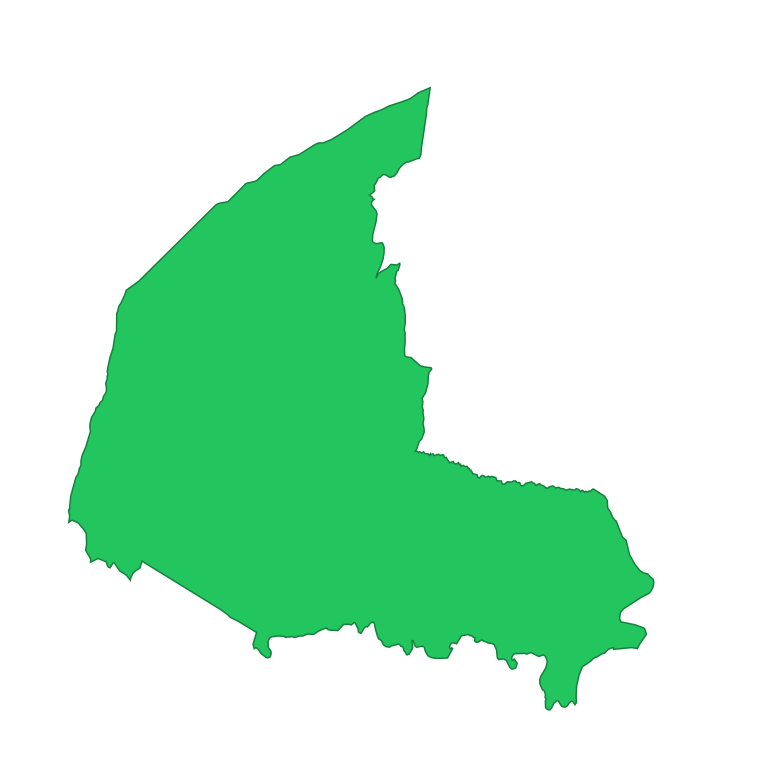 Bolomba, Équateur, Democratic Republic of the Congo, rotated 8°
{"feature_id": "63176286B53001735211155", "entity_name": "Bolomba", "entity_type": "district", "adm_level": 2, "iso_a3": "COD", "parent_name": "Democratic Republic of the Congo", "parent_adm1": "Équateur", "projection": "equal_earth", "projection_center": [19.536, 0.592], "detail": "fine", "context": "isolated", "style": "filled", "palette": "green", "viewbox_px": 768, "rotation_deg": 8, "n_neighbors": 0, "source": "geoboundaries", "source_scale": "gbopen_adm2", "svg_char_len": 6145}
<svg xmlns="http://www.w3.org/2000/svg" viewBox="0 0 768 768"><g transform="rotate(8 384 384)"><path d="M388.5,84.2L377.6,90.7L370.6,97.5L367.7,99.3L350.0,108.2L343.1,113.0L336.7,116.3L328.4,121.6L312.4,137.3L298.0,149.2L290.1,153.8L285.7,154.4L282.4,156.4L268.0,168.6L259.2,172.6L250.8,181.3L245.5,182.8L244.1,184.0L235.8,192.5L230.2,199.7L228.3,201.2L219.6,204.5L204.1,225.2L195.4,228.1L192.8,229.8L126.8,316.4L115.7,327.0L115.0,331.6L111.8,341.9L111.4,341.9L110.5,344.3L110.2,348.8L109.5,351.2L111.8,369.1L110.8,372.1L110.7,386.1L109.0,395.6L108.3,405.5L108.2,410.2L109.2,413.1L108.8,414.7L109.2,417.6L108.3,421.9L109.8,427.0L110.0,429.5L109.7,431.7L108.0,435.0L107.4,439.5L105.5,441.9L104.6,445.0L102.1,447.9L101.9,451.4L99.1,457.6L98.4,463.6L98.6,466.9L99.9,471.9L97.4,488.1L95.1,496.2L94.6,501.7L95.2,506.8L94.1,510.0L93.5,516.1L91.9,519.2L89.4,538.5L89.8,549.3L90.4,551.6L89.6,551.8L89.2,553.2L91.1,558.5L91.1,564.8L93.9,562.3L100.2,563.9L106.7,569.6L110.0,573.6L111.8,584.3L111.7,590.2L117.9,598.1L118.2,601.3L125.1,596.6L132.8,598.5L134.1,599.3L135.3,602.3L136.6,603.7L138.3,604.1L140.7,598.9L141.8,598.6L148.4,606.0L155.2,608.9L160.1,613.6L160.4,610.5L161.6,606.6L163.7,603.8L167.9,600.3L169.0,593.1L254.0,630.3L261.7,634.4L264.1,636.4L273.3,639.5L292.4,647.8L290.5,659.7L292.3,664.2L293.3,663.2L294.9,663.2L296.3,664.0L299.5,667.9L305.1,671.1L306.7,671.4L309.0,670.4L309.6,668.2L309.7,666.1L309.0,664.0L306.2,661.2L305.1,655.4L305.5,653.0L306.5,651.0L307.9,650.0L313.9,648.3L320.5,647.8L321.5,648.6L328.6,646.9L330.0,647.4L332.4,646.8L335.0,645.4L338.7,644.8L343.3,642.1L348.2,642.0L349.7,641.3L353.8,637.7L359.5,634.2L361.2,633.8L362.5,635.0L364.9,635.2L372.5,634.6L377.4,627.8L382.2,626.8L385.3,627.1L387.6,624.4L388.5,624.5L392.4,630.1L393.2,633.2L395.4,634.1L396.1,633.9L398.3,628.5L399.9,626.7L401.5,626.8L404.6,621.7L406.2,621.3L407.7,622.2L409.9,628.6L412.9,635.2L414.4,637.2L417.5,638.6L418.7,641.2L420.6,642.9L422.7,643.8L426.2,643.8L427.5,642.4L434.6,639.6L436.1,640.0L436.9,641.2L439.3,641.7L440.9,645.4L442.7,646.8L443.9,648.9L444.9,648.9L446.6,647.8L448.8,642.5L449.1,640.5L447.5,635.5L447.7,634.2L448.6,634.0L450.4,637.9L451.7,639.5L452.9,640.1L457.9,638.4L459.7,638.5L460.6,639.3L462.0,642.7L465.2,647.0L469.0,648.3L473.8,648.5L485.1,646.5L488.8,636.4L487.7,635.9L486.5,637.0L485.7,635.9L485.5,634.2L486.3,632.1L488.4,630.5L492.0,631.2L495.7,622.6L502.5,620.3L504.2,621.3L506.0,621.1L507.5,622.3L509.4,622.7L509.6,625.9L510.8,626.8L513.2,626.6L515.8,624.1L517.1,623.9L518.9,625.1L521.3,625.1L522.8,626.0L527.5,626.0L529.5,626.9L532.5,631.9L534.3,639.3L535.8,640.9L540.7,639.6L543.5,640.6L548.0,647.1L549.8,648.4L552.0,648.1L553.9,646.9L554.8,642.0L551.2,638.2L550.9,639.3L549.3,639.5L548.8,638.3L548.7,636.7L549.3,634.6L550.8,632.9L560.8,631.2L563.0,631.6L566.3,629.7L567.7,629.7L575.2,632.3L579.1,630.3L580.4,630.3L581.7,631.3L584.1,635.3L584.3,637.6L583.7,642.7L580.0,651.6L579.4,655.0L580.0,658.6L581.0,661.0L583.7,664.9L585.5,665.6L587.1,669.2L587.1,671.8L588.4,673.4L587.9,675.5L588.9,681.5L589.7,682.7L591.2,683.5L593.4,683.8L594.0,683.3L595.0,681.7L596.7,676.3L599.6,673.4L600.7,673.6L604.6,678.3L606.3,678.9L608.8,678.6L610.5,676.9L611.6,674.3L613.3,672.3L614.3,672.0L615.6,672.5L617.7,675.0L618.9,672.7L617.7,666.5L616.8,656.1L617.7,645.2L619.8,636.3L626.9,630.1L630.0,626.1L633.3,624.4L636.9,621.1L639.7,619.9L642.9,615.8L645.6,613.9L647.7,613.2L648.3,614.8L666.1,610.5L671.7,610.8L673.0,606.8L678.7,595.3L676.2,590.2L675.0,589.4L666.2,587.5L651.9,586.6L650.0,583.9L649.8,578.3L650.2,576.7L652.8,573.0L668.6,559.3L675.5,554.5L677.1,552.2L678.6,548.2L678.8,543.2L678.3,541.0L677.3,539.5L675.3,538.6L671.5,535.4L667.0,534.9L663.5,533.2L657.8,527.9L651.0,519.0L645.5,505.1L641.3,502.2L633.0,487.4L631.3,486.5L628.0,483.1L628.0,482.2L627.3,481.7L626.3,479.4L623.6,476.7L622.5,474.6L621.4,468.4L618.0,464.4L606.4,459.0L605.2,459.1L603.5,461.5L602.0,461.5L600.9,462.7L598.7,462.2L597.6,463.2L595.5,461.7L594.8,461.8L593.7,463.3L591.4,461.4L589.1,460.9L587.0,462.7L582.5,462.2L579.4,463.8L576.3,462.8L573.2,462.8L571.7,462.0L568.3,463.0L565.6,461.4L562.1,462.7L560.9,464.2L558.3,464.4L557.3,463.1L553.8,462.2L551.9,461.0L549.6,462.3L549.6,462.8L548.1,463.1L546.9,461.5L545.1,461.3L543.9,460.3L538.2,462.7L536.6,464.9L534.9,465.5L533.6,465.4L532.0,462.7L529.2,463.0L527.8,461.6L525.7,462.0L524.0,463.4L519.8,463.6L517.3,466.3L515.4,466.9L513.5,463.7L509.3,464.2L507.8,461.1L503.1,460.5L502.2,461.7L500.4,460.7L497.4,462.3L495.6,461.1L493.8,460.8L492.3,462.4L491.9,463.7L489.8,463.3L488.8,460.9L484.0,460.4L483.8,459.3L482.0,457.2L480.8,457.3L480.0,455.7L478.7,455.2L477.8,454.0L475.5,454.4L473.8,453.5L471.9,454.8L471.0,452.9L470.0,453.5L468.8,451.5L466.6,453.2L464.5,452.9L463.3,451.1L459.9,452.9L455.7,448.0L454.1,448.5L453.0,446.0L451.7,445.9L450.4,446.8L447.5,446.0L443.7,447.9L442.1,446.3L440.7,447.3L439.7,446.4L439.3,448.4L438.9,448.5L437.7,447.2L434.1,447.2L432.7,445.6L430.8,447.1L428.7,446.1L427.5,447.0L426.1,445.9L424.3,446.3L425.5,443.5L426.9,436.0L428.9,433.2L430.5,426.1L430.0,422.9L428.2,418.2L428.3,412.5L426.6,407.3L426.5,404.5L425.1,401.3L424.9,396.0L423.7,392.8L426.4,386.9L427.5,377.5L426.7,369.6L427.1,366.0L429.1,362.8L428.9,361.8L428.1,361.3L422.1,361.5L417.4,361.0L407.1,354.0L402.5,354.1L400.6,353.2L399.5,347.3L399.1,339.6L397.7,330.1L396.5,327.8L396.5,320.3L395.4,312.8L393.5,305.5L391.3,302.1L390.2,297.0L385.4,288.3L380.7,282.8L381.1,280.0L380.2,277.6L380.9,270.8L382.2,269.3L383.2,263.5L382.7,262.3L380.1,264.4L374.2,264.6L371.0,269.0L364.7,273.8L362.9,275.9L361.5,280.4L361.5,276.9L364.4,267.5L365.7,260.0L365.8,254.2L365.1,248.6L363.2,245.0L362.3,244.4L356.3,246.2L353.4,245.1L352.5,243.6L352.1,237.1L353.5,224.7L353.4,216.4L351.9,213.5L346.9,208.7L346.5,207.0L346.6,204.9L348.6,202.4L347.4,202.3L346.4,200.6L343.4,198.9L347.6,194.5L347.8,193.5L346.7,188.8L348.3,185.4L349.5,181.0L351.5,179.8L353.3,177.3L354.4,176.7L356.9,176.7L360.1,178.4L361.8,178.5L365.3,176.5L367.3,173.4L368.9,169.0L371.2,165.2L375.3,161.0L377.4,160.8L385.5,156.2L387.5,155.6L388.6,151.6L388.2,144.2L388.4,112.1L388.0,104.1L388.5,101.3L388.5,84.2Z" fill="#22c55e" stroke="#15803d" stroke-width="1.5"/></g></svg>